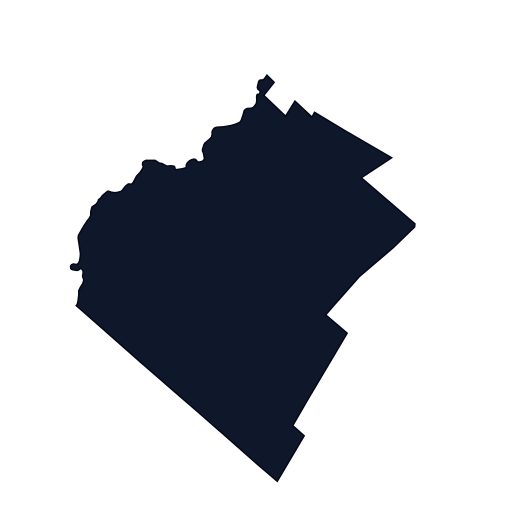 Cheshire, New Hampshire, United States of America, rotated 39°
{"feature_id": "52423323B8710872997835", "entity_name": "Cheshire", "entity_type": "district", "adm_level": 2, "iso_a3": "USA", "parent_name": "United States of America", "parent_adm1": "New Hampshire", "projection": "mercator", "projection_center": [-72.424, 42.947], "detail": "fine", "context": "isolated", "style": "filled", "palette": "ink", "viewbox_px": 512, "rotation_deg": 39, "n_neighbors": 0, "source": "geoboundaries", "source_scale": "gbopen_adm2", "svg_char_len": 2259}
<svg xmlns="http://www.w3.org/2000/svg" viewBox="0 0 512 512"><g transform="rotate(39 256 256)"><path d="M235.9,411.3L275.9,412.7L315.8,414.0L322.6,414.3L337.5,414.9L338.9,414.9L387.9,417.0L414.3,417.7L406.6,365.4L391.3,364.7L386.5,334.2L377.9,275.3L376.8,267.9L375.4,258.6L347.2,257.9L347.7,243.4L348.9,216.4L349.3,206.8L357.4,163.2L361.0,133.6L359.3,131.0L288.6,128.9L299.6,94.3L246.2,102.6L211.1,107.5L212.1,112.8L188.8,111.1L191.0,128.7L161.0,126.3L160.8,109.6L150.7,108.6L151.0,112.8L150.8,114.0L150.3,115.0L148.5,116.7L148.2,117.4L148.3,118.8L150.8,124.0L152.6,125.2L154.7,125.1L155.8,125.6L156.3,126.2L156.5,128.7L156.4,129.2L155.4,129.4L155.3,130.1L156.3,131.9L157.8,133.6L158.8,134.8L160.3,137.3L160.5,141.2L160.3,142.2L159.4,144.1L156.5,146.7L155.6,148.4L155.3,150.3L157.2,154.5L159.2,160.1L159.2,162.3L158.7,163.5L156.9,166.8L154.2,170.7L149.4,176.1L144.8,180.3L143.4,182.1L143.0,183.6L143.3,186.0L143.7,187.1L145.6,189.4L146.6,191.8L146.3,195.1L145.2,200.2L145.5,202.3L147.2,206.5L148.2,208.0L150.2,209.0L154.5,212.6L154.9,213.7L154.9,215.6L154.3,216.8L152.4,219.1L150.8,219.5L148.3,219.0L146.7,219.8L145.2,222.0L144.3,224.3L144.0,227.1L144.7,229.4L145.9,230.9L145.9,231.7L143.7,234.7L139.7,239.1L138.3,239.3L137.0,238.1L135.8,237.8L133.2,239.3L130.3,242.2L124.4,243.4L122.6,244.6L117.3,245.2L110.3,250.9L109.4,252.8L109.1,254.4L109.5,255.3L110.6,256.7L111.6,257.0L112.2,257.5L112.7,259.0L113.1,261.3L113.3,264.1L112.9,269.1L114.3,276.0L114.2,278.0L113.8,278.8L111.8,280.0L111.3,280.8L110.6,283.8L110.7,290.1L110.0,291.4L107.8,294.3L106.0,296.0L103.1,297.6L100.3,298.6L99.9,299.1L98.6,305.6L98.8,308.6L98.2,311.5L98.3,311.9L98.8,312.3L99.2,316.2L97.7,321.0L98.0,321.8L99.6,325.4L102.1,328.6L102.7,331.6L102.7,335.1L103.3,341.0L105.0,351.6L106.6,354.1L117.3,363.9L118.6,365.3L120.6,368.4L122.1,371.3L122.5,373.3L122.3,374.9L121.4,375.9L119.1,377.1L118.1,379.0L118.4,380.8L120.0,382.3L121.1,382.4L122.5,381.9L126.2,379.7L126.9,378.7L127.2,376.7L127.6,376.1L128.9,375.8L131.0,376.4L132.7,378.5L133.4,380.1L134.2,381.1L137.0,382.8L137.8,384.1L138.7,386.5L139.3,391.3L140.1,394.6L142.8,397.8L146.2,403.3L147.5,406.1L147.5,407.7L151.1,407.8L170.9,408.6L214.1,410.4L234.4,411.3L235.9,411.3Z" fill="#0f172a" stroke="#020617" stroke-width="1.5"/></g></svg>